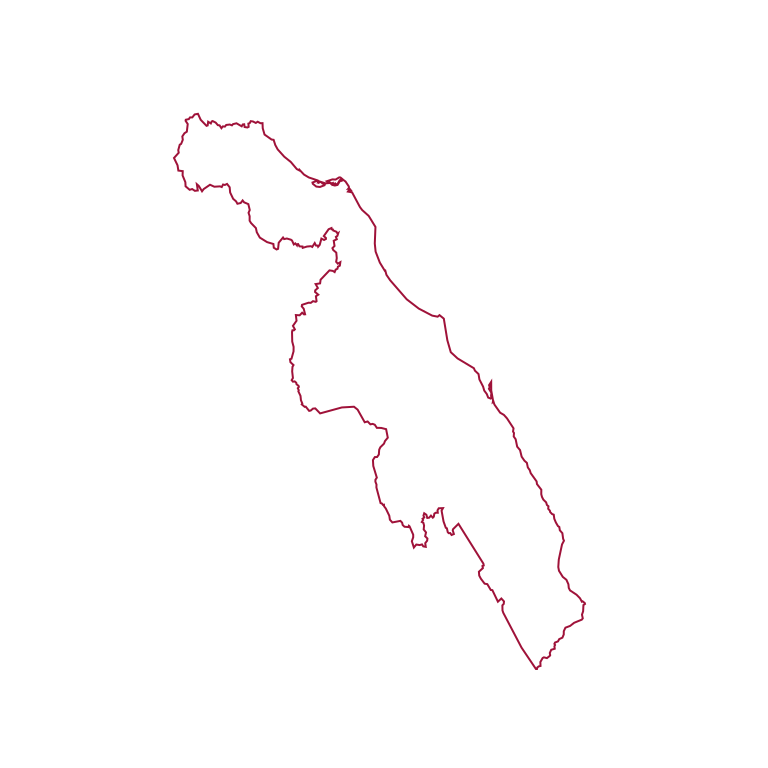 the district of Nkhotakota, Nkhotakota, Malawi, rotated 337°
{"feature_id": "42251766B56128896232398", "entity_name": "Nkhotakota", "entity_type": "district", "adm_level": 2, "iso_a3": "MWI", "parent_name": "Malawi", "parent_adm1": "Nkhotakota", "projection": "equal_earth", "projection_center": [34.171, -12.833], "detail": "fine", "context": "isolated", "style": "outline", "palette": "rose", "viewbox_px": 768, "rotation_deg": 337, "n_neighbors": 0, "source": "geoboundaries", "source_scale": "gbopen_adm2", "svg_char_len": 6118}
<svg xmlns="http://www.w3.org/2000/svg" viewBox="0 0 768 768"><g transform="rotate(337 384 384)"><path d="M337.9,470.6L337.8,473.6L336.6,476.2L334.3,492.3L335.4,493.2L335.8,494.9L336.8,495.1L336.3,496.6L337.0,499.3L337.4,507.3L336.4,511.2L337.6,514.7L345.6,516.4L346.5,518.7L346.1,521.1L347.1,523.4L350.5,525.2L351.5,524.2L351.9,525.0L352.0,534.1L351.0,536.5L348.2,539.6L347.6,546.2L351.0,544.4L353.9,546.2L356.3,546.5L356.7,548.8L358.8,550.2L359.8,546.6L362.5,545.1L363.6,543.2L362.4,540.2L364.7,537.0L363.7,533.4L365.6,529.9L366.0,527.2L364.9,525.8L366.9,524.4L366.8,523.1L368.9,522.6L368.9,520.6L370.5,518.7L371.9,520.9L371.5,524.2L373.3,524.7L375.8,523.5L376.7,526.1L378.0,525.6L379.7,523.0L381.3,522.7L383.2,523.5L383.9,521.2L385.8,519.8L389.8,521.3L387.5,523.1L385.1,533.8L384.7,540.5L385.5,541.4L384.8,545.3L385.3,546.6L386.7,547.1L387.2,549.4L389.7,549.4L390.1,545.5L390.9,544.6L397.9,541.8L405.3,588.2L404.9,590.0L403.5,590.0L403.1,592.1L398.0,593.9L396.8,597.6L397.1,601.1L398.6,607.1L400.9,608.6L401.8,615.3L403.2,616.1L403.8,628.9L408.2,627.3L409.5,631.0L408.3,633.2L406.5,634.0L404.6,638.7L404.4,641.2L407.6,680.4L412.5,705.7L413.5,706.1L414.3,704.9L416.0,704.4L417.9,704.7L419.3,701.0L423.0,698.2L424.4,698.1L426.9,700.0L430.2,699.1L431.0,698.6L431.5,696.4L434.1,694.0L437.7,694.4L438.4,692.0L439.5,691.1L439.3,689.8L440.4,688.8L443.6,688.9L445.6,687.3L449.1,687.2L451.6,684.8L452.9,681.8L455.8,679.2L460.8,679.4L465.7,678.1L474.0,678.2L475.4,677.4L476.1,673.7L478.5,671.0L481.2,665.4L483.1,665.0L483.2,664.0L481.9,661.6L481.1,661.7L480.7,657.8L478.9,653.2L474.6,646.7L474.4,643.9L475.5,640.4L475.4,635.5L473.2,631.4L472.1,624.3L472.9,620.6L476.3,613.9L485.2,601.2L488.4,598.6L488.4,596.5L489.9,591.0L488.7,587.4L489.5,584.1L488.6,582.7L488.1,578.6L488.1,574.6L489.2,570.6L487.9,569.4L486.9,566.7L487.2,565.4L486.4,563.0L487.6,560.8L486.7,559.0L487.0,556.3L485.5,552.7L485.3,549.7L485.7,546.9L487.5,542.8L485.7,535.9L486.4,533.3L484.2,523.4L484.5,520.2L483.8,517.0L484.7,512.4L483.3,509.5L482.3,504.7L483.4,498.0L482.1,493.7L483.6,486.3L482.9,483.0L484.5,479.9L484.2,478.2L485.9,475.4L483.8,463.7L482.3,459.3L479.7,455.8L477.6,446.0L477.9,443.0L477.1,443.2L477.9,441.9L480.2,431.8L483.5,423.9L480.3,426.1L480.0,428.3L478.7,429.4L479.4,434.1L477.9,436.8L477.6,438.7L476.5,439.1L474.6,437.2L474.7,433.4L473.7,429.2L474.2,425.2L473.6,417.1L474.9,411.8L472.9,407.2L472.9,404.6L461.7,389.2L457.9,380.8L459.4,368.5L464.6,347.2L462.0,342.3L459.7,343.0L455.1,339.9L445.5,328.2L438.0,314.9L430.2,290.9L428.9,284.5L429.5,280.1L429.0,280.1L427.6,270.6L428.0,258.9L430.4,251.1L437.5,236.1L435.6,223.3L431.9,215.4L431.0,211.8L429.5,195.1L426.0,192.8L427.9,191.6L427.9,192.8L429.2,192.9L428.5,190.4L427.5,190.2L428.4,189.7L428.8,188.4L427.7,182.6L425.8,179.4L424.5,180.5L422.8,179.9L419.0,182.6L416.3,182.1L414.3,180.6L412.8,177.8L408.6,176.5L405.1,173.5L405.7,175.4L407.8,176.9L406.9,177.8L402.0,177.6L398.8,175.8L396.7,171.9L396.9,170.6L402.1,170.8L402.2,173.2L404.2,173.2L402.7,172.7L403.6,172.3L402.6,170.8L395.5,164.5L392.2,160.0L389.9,153.8L389.5,154.3L387.7,152.1L385.0,143.3L381.0,135.8L377.8,126.5L377.3,121.6L377.8,116.1L376.0,115.0L371.5,107.7L372.3,101.2L374.1,96.4L372.2,95.7L370.2,93.2L368.0,93.6L365.9,91.1L364.0,90.0L362.3,91.4L360.9,91.3L359.9,94.4L358.5,94.5L356.1,93.0L356.8,90.3L355.4,89.9L353.7,91.2L350.1,86.4L346.6,85.8L345.1,86.5L343.4,84.9L340.0,83.9L338.1,84.9L336.3,83.9L334.3,85.0L333.7,81.7L332.2,80.8L331.2,77.6L329.0,75.0L328.0,75.0L326.4,76.5L324.6,73.9L322.7,77.1L321.5,77.0L318.5,69.2L318.3,62.6L315.0,61.9L311.7,63.7L309.6,62.8L307.8,63.9L304.8,63.3L304.2,64.2L304.9,68.0L301.1,74.7L298.3,75.2L295.1,77.3L294.2,80.6L291.1,83.7L289.5,83.9L286.0,88.3L285.4,90.9L279.0,93.9L279.4,102.0L278.1,107.2L281.9,109.4L280.1,113.3L280.0,120.6L278.6,124.5L281.0,129.3L283.6,129.6L285.4,132.3L288.2,133.1L289.8,127.0L290.9,129.3L291.8,135.5L294.2,134.1L301.7,132.6L304.9,136.1L310.3,138.0L311.6,139.3L313.8,137.5L315.3,138.6L317.7,138.5L318.8,142.6L317.2,147.6L317.5,154.6L319.2,158.1L319.5,160.8L322.8,161.4L325.6,159.8L326.2,162.1L329.4,165.4L328.4,171.4L326.2,173.5L325.9,177.0L324.1,181.2L324.5,183.9L327.0,190.4L326.2,194.6L326.9,200.7L331.8,207.7L336.9,211.9L335.8,215.5L337.7,218.2L339.3,218.2L342.3,212.8L348.3,209.7L348.7,211.6L351.4,212.1L354.7,214.8L355.4,216.0L355.5,220.3L357.3,219.9L358.0,222.3L358.6,221.4L359.6,221.6L360.0,224.3L362.7,225.6L362.4,226.9L366.9,227.4L370.6,228.6L371.5,229.8L375.3,227.2L375.5,230.0L377.1,230.7L377.0,231.9L379.2,230.8L383.2,225.7L385.1,228.0L387.2,227.8L387.6,226.9L386.4,224.3L393.5,219.9L396.6,219.9L396.3,221.2L397.3,221.8L397.2,222.8L399.7,225.3L400.0,227.5L400.8,227.3L399.0,229.4L397.2,229.8L397.1,232.3L393.7,232.5L392.4,237.6L389.6,238.8L389.6,240.8L391.4,244.4L389.7,249.7L387.7,252.8L388.5,255.2L391.4,254.8L389.6,257.8L387.4,258.0L386.2,259.7L384.2,259.8L382.3,261.7L381.1,259.9L378.2,258.1L366.4,263.2L364.5,266.4L360.1,265.3L360.6,269.8L357.3,270.9L356.5,272.3L358.4,276.1L355.6,276.6L354.3,281.4L353.3,281.7L351.0,280.0L348.3,280.7L346.4,279.7L339.5,279.1L338.6,280.4L339.5,283.3L338.6,289.0L337.6,288.7L336.5,286.4L333.2,287.8L329.8,286.1L328.2,291.6L322.9,294.9L323.3,298.9L322.0,299.4L320.7,298.8L319.7,300.1L316.1,309.1L315.3,314.5L313.5,318.6L308.7,324.6L307.1,324.5L306.4,327.4L308.1,331.2L306.5,332.4L304.4,336.5L302.5,342.9L300.5,344.4L301.1,346.3L302.8,346.7L303.7,348.5L303.4,350.1L304.6,352.2L304.5,353.4L303.0,354.2L303.1,356.4L302.3,357.3L302.5,362.3L301.2,366.5L301.2,370.0L300.3,370.6L302.1,374.1L303.1,374.3L304.6,379.5L306.2,379.8L309.0,378.9L311.2,379.6L313.7,386.1L336.0,389.1L347.5,393.2L349.7,397.3L351.3,411.7L354.3,412.1L355.7,415.8L358.0,416.3L359.6,417.9L360.3,421.6L364.2,423.3L368.3,426.4L366.5,434.9L362.6,436.9L360.7,438.9L355.9,440.8L353.9,442.6L351.7,446.9L349.1,448.5L347.0,447.7L344.1,449.7L342.1,455.3L340.8,467.4L338.7,468.8L337.9,470.6ZM416.5,175.5L410.6,175.0L411.1,175.8L410.7,176.5L412.4,176.5L414.1,178.9L415.4,179.0L414.7,180.4L417.4,180.3L417.4,181.3L419.4,181.7L422.8,179.2L425.5,178.6L424.6,176.9L423.5,176.3L419.3,176.9L416.5,175.5Z" fill="none" stroke="#9f1239" stroke-width="2"/></g></svg>